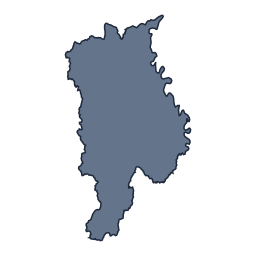 the district of Bojayá (Bellavista), Chocó, Colombia
{"feature_id": "7082276B24330192528349", "entity_name": "Bojayá (Bellavista)", "entity_type": "district", "adm_level": 2, "iso_a3": "COL", "parent_name": "Colombia", "parent_adm1": "Chocó", "projection": "equal_earth", "projection_center": [-77.12, 6.441], "detail": "fine", "context": "isolated", "style": "filled", "palette": "slate", "viewbox_px": 256, "rotation_deg": 0, "n_neighbors": 0, "source": "geoboundaries", "source_scale": "gbopen_adm2", "svg_char_len": 5749}
<svg xmlns="http://www.w3.org/2000/svg" viewBox="0 0 256 256"><path d="M115.5,235.6L116.6,235.2L117.8,232.4L117.8,231.6L118.9,230.3L118.1,225.4L118.1,223.7L118.7,222.3L118.8,220.3L119.4,219.4L120.6,219.3L123.1,218.1L123.3,214.5L123.7,213.3L123.8,211.3L124.2,210.4L124.9,210.9L125.8,210.1L127.8,210.4L128.3,209.9L128.7,208.2L129.7,208.4L130.9,205.5L132.0,204.8L132.4,203.6L132.5,202.7L131.8,200.7L132.2,200.5L132.7,198.3L133.5,196.9L132.8,195.0L133.3,194.4L133.2,192.9L133.6,190.7L132.6,187.1L131.0,187.9L129.7,186.8L129.0,188.1L128.6,188.0L128.7,183.7L130.0,181.3L130.7,180.9L130.6,179.3L131.1,177.8L134.0,172.9L135.3,172.3L134.8,171.4L134.8,170.3L135.6,169.7L135.7,168.2L136.2,167.2L137.7,166.6L140.5,168.0L141.4,169.5L142.8,170.3L143.2,171.8L143.9,172.1L144.4,174.0L145.7,175.6L146.9,175.4L147.3,175.8L148.6,176.1L148.7,176.9L150.0,178.7L151.5,178.4L152.4,179.4L152.3,179.9L153.1,181.0L152.8,181.8L153.6,182.8L155.0,182.3L155.9,182.9L156.2,181.9L157.1,182.5L157.6,181.6L159.3,182.3L159.7,182.8L160.0,182.3L160.5,182.5L160.8,182.1L162.4,182.3L162.7,181.6L163.2,181.7L163.4,182.6L163.8,182.5L165.3,180.7L165.1,179.6L167.8,177.4L168.3,176.1L168.9,175.6L168.9,174.9L170.0,174.6L170.4,173.3L171.0,173.2L171.1,172.5L171.5,172.4L172.9,173.1L172.5,171.9L172.9,171.3L172.8,170.7L175.4,169.1L176.0,168.2L175.9,166.8L176.8,165.1L176.1,162.9L176.7,161.6L176.1,160.0L177.6,158.2L177.3,156.8L178.1,155.5L178.5,155.5L178.5,154.5L179.9,153.6L180.3,154.0L180.3,154.9L181.0,155.0L182.3,153.0L183.6,154.6L185.0,154.1L185.6,151.4L188.2,149.9L188.8,148.8L188.4,147.1L186.0,146.1L185.6,145.5L185.7,144.7L186.2,143.7L186.8,143.5L189.2,144.2L190.0,142.7L189.9,140.7L189.1,139.5L184.7,136.4L184.0,134.1L184.3,133.0L184.9,132.3L185.9,132.3L187.9,133.3L189.2,133.1L190.2,131.9L190.6,129.7L190.1,128.6L189.3,128.1L186.4,130.1L185.3,130.0L184.3,129.3L183.9,128.0L184.5,125.2L186.8,122.2L186.7,119.0L187.1,118.8L187.5,119.2L188.0,121.4L189.1,121.5L189.7,119.8L189.3,117.8L187.7,115.2L184.7,113.2L183.6,110.5L183.1,110.1L182.1,110.6L180.2,115.2L179.2,115.6L178.5,110.3L179.3,105.5L177.7,105.5L175.5,107.0L175.0,106.5L174.0,103.3L173.5,97.8L173.0,96.1L170.5,93.2L169.6,93.0L168.7,93.3L167.0,96.1L166.2,96.1L165.3,94.6L163.7,91.2L163.6,89.5L165.2,84.7L165.9,83.6L167.0,83.1L169.8,83.6L170.7,83.2L171.4,82.2L171.7,80.4L170.9,78.8L168.5,77.6L163.3,79.0L161.8,78.2L161.0,76.3L161.0,75.0L161.5,73.5L163.5,71.3L164.2,69.9L164.4,68.7L163.8,67.5L162.8,66.4L161.6,67.0L159.9,69.7L159.3,72.6L158.5,73.2L156.7,72.2L156.0,71.1L155.5,65.4L155.7,62.7L155.4,62.7L154.4,64.8L153.1,65.7L151.7,65.4L150.7,63.8L151.0,62.1L153.3,61.2L154.2,59.7L154.9,57.7L156.8,56.1L156.3,53.9L155.5,52.9L154.5,52.5L152.6,52.8L152.1,52.5L151.3,49.5L150.1,47.6L151.1,42.4L150.5,37.7L152.0,34.5L151.6,33.8L150.0,33.7L149.3,33.3L149.0,32.2L149.1,30.1L149.5,29.1L152.0,28.0L154.6,28.3L156.4,29.4L157.0,29.1L159.1,21.8L162.7,17.6L163.2,16.2L162.7,15.4L161.5,15.5L158.7,16.8L154.4,20.2L152.4,20.3L151.0,19.7L150.0,20.8L148.1,20.8L146.8,22.1L145.4,24.8L142.8,23.7L141.3,23.7L139.8,24.5L136.7,27.7L132.8,25.9L130.1,27.3L127.1,28.1L126.9,28.7L126.3,28.8L125.7,29.7L125.2,29.7L125.8,31.0L125.6,31.7L124.8,32.3L125.2,33.0L125.1,33.8L123.3,34.3L123.5,34.8L123.1,35.6L123.3,37.3L122.4,37.6L122.2,37.9L122.4,38.7L121.6,39.2L120.3,38.1L120.4,36.6L119.7,36.0L119.2,34.7L117.5,33.3L117.3,32.2L117.8,31.3L117.7,30.4L116.8,28.9L116.4,27.5L113.0,26.3L110.9,25.0L109.0,24.6L106.8,23.3L105.9,23.4L105.1,24.2L104.6,25.4L104.6,29.1L105.0,30.4L105.2,34.2L104.1,39.1L102.5,39.2L100.4,37.6L99.0,38.0L98.3,37.5L97.2,37.9L94.4,37.5L92.9,36.2L91.5,35.8L89.9,36.7L89.4,38.5L87.8,39.1L87.1,40.2L85.3,39.7L84.2,40.5L82.0,41.2L79.9,44.0L76.3,42.7L75.0,41.8L74.0,43.4L73.7,45.5L73.3,45.8L72.7,48.2L72.1,49.3L71.3,49.6L70.4,51.3L68.8,51.8L67.9,51.4L67.3,51.8L67.1,52.3L66.2,52.5L65.4,54.7L66.1,57.6L66.7,57.4L67.1,57.9L67.7,57.4L69.7,58.4L69.1,61.6L70.0,62.0L70.5,63.4L70.1,64.0L70.2,65.0L69.3,66.2L70.2,68.8L69.2,70.9L67.9,71.7L68.0,75.3L67.7,76.1L68.2,79.3L68.8,79.3L69.2,78.5L70.5,79.0L71.0,78.8L71.5,79.5L72.3,79.0L72.7,79.2L73.6,80.8L74.4,81.2L74.6,85.0L75.2,86.3L75.4,86.6L75.8,86.0L76.4,86.9L77.2,85.9L78.5,86.6L77.7,90.5L79.6,89.9L80.6,92.2L80.6,93.4L81.3,95.1L81.5,97.3L82.6,98.5L80.5,107.4L79.6,107.6L79.0,109.3L79.5,110.6L78.8,112.9L79.0,113.7L80.3,114.9L79.4,115.5L79.7,117.3L81.9,119.6L82.0,120.8L81.4,122.2L79.5,122.4L79.6,123.9L81.0,124.9L82.2,129.0L81.5,129.8L79.3,128.9L78.9,130.1L77.6,130.6L77.1,132.2L79.1,135.6L80.7,136.5L80.4,138.3L80.7,139.9L82.2,141.6L82.6,142.7L83.4,143.3L83.7,144.1L85.5,145.2L85.5,145.7L84.7,146.4L84.8,148.5L84.2,149.3L85.0,150.5L85.3,152.4L84.4,153.0L83.1,153.0L83.0,153.4L82.1,153.5L81.7,154.0L81.7,156.5L81.2,158.3L81.7,160.5L82.9,162.9L81.7,163.7L80.9,165.8L78.8,166.8L78.6,168.6L79.3,169.8L80.8,171.1L80.9,171.8L81.5,172.1L81.8,175.0L82.3,175.6L83.6,175.3L84.7,174.0L85.8,174.4L87.0,173.8L87.9,174.0L89.1,175.2L90.8,175.1L91.5,175.5L92.6,175.5L93.2,175.9L94.1,177.7L95.0,178.1L95.2,179.7L96.3,181.1L96.8,180.9L98.1,181.8L97.1,183.4L96.3,183.8L95.6,186.0L95.2,185.9L95.3,187.6L94.8,189.8L95.4,189.9L96.2,190.8L96.9,190.7L97.0,191.8L97.8,193.5L97.2,195.7L98.1,198.3L98.1,199.6L99.4,201.0L99.6,201.7L100.1,201.6L101.0,202.9L100.7,206.5L99.8,209.0L98.8,209.8L97.5,209.5L95.7,210.2L94.7,211.2L92.7,214.3L91.1,219.0L89.8,220.4L88.7,220.7L87.9,222.7L86.4,223.6L86.1,225.5L86.9,226.8L86.7,228.9L86.1,229.5L86.1,231.0L86.9,231.6L87.9,230.9L89.5,231.3L90.1,231.8L91.1,234.3L90.3,234.7L90.0,237.1L89.2,237.6L89.8,237.7L90.8,238.8L94.6,239.4L95.4,238.7L95.8,239.5L97.4,240.1L99.2,239.8L100.2,240.6L101.4,240.5L102.5,239.8L102.5,238.7L103.5,237.5L104.1,235.5L106.2,233.0L108.7,232.7L109.4,233.3L110.2,235.8L110.9,235.9L112.5,234.6L114.2,234.6L115.5,235.6Z" fill="#64748b" stroke="#1e293b" stroke-width="1.5"/></svg>